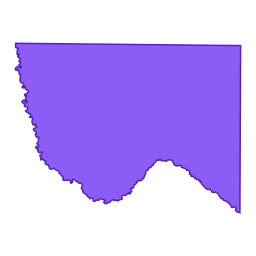 Anelo, Neuquén, Argentina (Natural Earth projection)
{"feature_id": "61730980B32081384015227", "entity_name": "Anelo", "entity_type": "district", "adm_level": 2, "iso_a3": "ARG", "parent_name": "Argentina", "parent_adm1": "Neuquén", "projection": "natural_earth1", "projection_center": [-69.333, -38.186], "detail": "fine", "context": "isolated", "style": "filled", "palette": "violet", "viewbox_px": 256, "rotation_deg": 0, "n_neighbors": 0, "source": "geoboundaries", "source_scale": "gbopen_adm2", "svg_char_len": 5734}
<svg xmlns="http://www.w3.org/2000/svg" viewBox="0 0 256 256"><path d="M240.6,45.6L15.7,43.3L15.9,44.0L15.5,45.2L15.7,47.3L16.3,48.0L18.2,48.1L18.4,48.7L18.3,49.3L17.4,50.0L17.1,50.9L17.3,51.7L17.0,53.3L17.1,54.0L17.4,54.4L18.2,53.8L18.6,53.8L18.9,54.1L18.7,55.1L17.7,56.0L17.8,56.6L18.3,57.5L19.0,57.8L19.8,57.9L20.3,58.6L20.3,59.5L19.3,60.6L19.0,61.5L19.4,61.7L20.0,61.7L20.5,62.0L20.6,62.4L20.3,63.1L20.5,63.5L19.7,64.2L19.1,64.5L19.0,64.8L19.7,66.1L21.3,66.3L21.5,67.1L20.8,67.9L20.2,67.9L19.4,67.6L19.0,66.9L17.6,66.3L17.2,66.6L16.8,67.9L16.5,68.2L15.5,68.0L15.4,68.9L15.6,69.8L16.0,70.3L17.0,70.5L17.9,70.2L18.7,70.7L19.0,71.4L19.1,73.3L19.4,74.1L20.4,74.3L20.4,75.4L20.2,76.0L20.6,77.0L20.0,78.5L20.3,79.5L20.0,80.4L20.3,81.5L21.5,83.0L23.2,83.2L23.6,83.6L23.6,84.0L23.6,84.8L23.2,85.7L22.0,87.0L22.1,87.3L22.7,87.8L23.4,87.9L24.0,87.3L24.3,86.4L25.0,86.4L25.5,87.0L25.1,88.2L25.3,88.8L26.2,89.6L27.7,90.3L28.2,90.8L28.3,91.3L28.2,92.3L27.2,92.9L27.1,93.7L26.9,93.9L26.1,94.0L25.3,93.9L24.6,94.9L24.7,95.3L25.1,95.8L26.3,95.7L26.7,96.0L26.7,96.4L26.5,96.8L25.6,97.4L25.6,99.7L25.8,100.1L27.2,100.8L27.3,101.2L27.2,102.0L26.5,102.7L25.8,102.5L25.6,102.3L25.6,101.6L25.0,100.6L24.2,100.1L22.9,100.5L22.1,101.4L22.0,101.9L22.2,102.5L24.3,103.7L24.5,104.6L24.4,106.0L24.6,106.5L26.7,106.7L27.5,107.3L27.7,108.2L27.3,109.7L26.9,110.0L25.7,110.6L25.6,111.2L27.2,112.3L27.8,112.5L28.4,112.4L28.7,113.6L29.1,113.8L30.7,114.2L30.8,115.0L30.7,115.8L30.2,116.5L29.6,116.8L29.6,117.1L30.5,117.6L32.2,117.1L32.4,117.2L32.8,118.7L32.2,119.9L32.0,122.3L32.6,123.3L33.0,124.8L33.9,124.9L35.0,124.1L35.6,124.3L35.8,124.9L35.2,125.8L36.7,127.0L36.6,127.4L35.7,128.0L33.7,128.5L33.4,129.2L33.9,130.6L34.4,130.9L35.7,131.3L36.0,131.8L36.3,133.2L36.1,133.6L35.7,133.7L35.3,134.6L35.6,135.8L36.7,136.6L36.7,137.2L36.9,137.5L37.5,137.5L38.1,137.0L38.6,137.2L38.9,137.7L38.8,139.0L38.3,140.0L38.2,141.1L38.3,141.7L37.9,142.5L36.9,143.3L37.0,143.8L37.6,144.5L38.7,145.1L38.5,145.8L38.5,146.8L38.2,147.1L37.5,147.0L36.5,146.3L36.0,146.6L35.9,147.5L36.0,148.1L36.4,148.6L37.9,149.2L37.7,150.8L38.9,152.6L40.0,152.7L41.5,151.8L41.9,151.9L42.0,152.1L42.0,153.1L41.3,154.5L40.7,155.2L40.1,155.1L39.9,155.3L40.2,156.7L41.4,157.5L40.9,158.4L40.6,159.7L41.6,159.8L42.7,159.0L43.0,159.0L43.3,159.2L44.0,160.6L44.9,160.6L45.5,160.9L45.4,161.8L45.1,162.8L45.3,163.7L46.0,163.9L46.4,164.7L48.0,164.8L49.1,166.8L49.3,167.5L49.3,168.2L49.9,168.8L50.8,169.1L51.6,169.2L53.8,168.2L56.2,170.2L58.6,171.0L59.3,172.0L59.1,173.3L60.9,174.5L61.4,175.7L62.0,176.0L62.5,176.0L62.8,176.3L63.1,177.7L62.8,178.4L62.8,178.7L63.5,180.3L64.2,180.4L65.0,180.0L66.9,180.6L68.1,179.7L68.6,179.8L69.3,180.6L69.8,180.4L70.8,180.6L71.1,180.8L71.1,181.1L70.5,182.4L70.5,182.8L70.9,183.2L71.3,183.2L71.9,182.8L72.8,181.5L72.3,180.3L72.6,180.1L72.7,179.6L73.1,179.4L73.8,179.3L75.4,180.3L76.5,181.5L77.7,182.0L78.8,183.1L79.4,183.2L80.4,182.8L80.8,183.0L81.3,183.6L81.9,184.1L82.2,185.7L82.1,186.6L82.0,187.2L81.5,187.8L81.3,188.3L81.4,188.7L82.0,189.0L82.4,189.5L82.8,190.4L82.7,191.5L82.9,191.8L84.5,193.6L86.2,194.2L86.9,195.9L88.8,197.2L89.7,198.7L90.7,198.5L91.7,197.7L92.3,197.9L92.9,198.9L93.1,200.6L93.6,201.2L94.6,201.3L96.9,200.0L97.4,200.0L98.0,200.4L98.4,200.4L99.1,200.0L99.9,198.8L100.8,198.7L102.4,199.5L103.5,199.5L104.8,200.0L105.0,200.3L104.9,200.8L103.7,202.1L104.7,203.3L106.0,203.8L107.0,203.5L107.9,202.6L109.4,202.4L110.2,202.0L110.3,201.0L110.5,200.8L111.7,200.5L113.1,199.6L113.7,199.7L114.0,200.3L114.6,200.6L116.3,199.9L116.7,200.1L117.0,200.7L117.7,201.0L118.8,200.2L120.3,199.6L121.8,199.3L122.2,198.6L121.8,197.8L121.9,196.5L122.4,195.6L123.2,195.2L125.2,195.5L125.8,195.3L126.7,194.2L128.0,193.9L128.1,193.0L128.5,192.5L128.9,192.6L129.3,193.6L129.8,193.9L130.3,193.7L130.6,192.5L131.2,192.0L131.7,191.2L131.5,190.3L130.6,189.0L130.9,188.3L131.4,188.1L133.1,188.1L133.9,186.6L133.8,185.2L134.9,184.7L135.7,184.0L136.9,182.5L137.3,181.6L137.3,181.2L138.1,180.3L138.6,180.3L139.3,180.9L140.0,180.6L140.7,180.7L142.9,179.0L144.0,177.7L144.2,177.2L144.2,176.2L144.7,175.9L145.0,174.5L145.6,174.1L145.7,173.1L145.5,172.3L146.0,171.3L146.6,170.9L146.7,170.6L147.3,170.4L147.3,169.8L148.3,169.6L148.5,169.1L148.4,168.7L148.5,168.2L149.8,167.6L150.6,167.6L152.3,165.4L152.6,165.2L153.0,165.3L153.4,164.2L153.5,163.5L155.3,162.4L156.5,160.2L157.4,160.1L157.9,160.5L158.9,160.4L159.4,159.5L160.1,159.3L160.4,159.6L160.8,160.4L162.0,160.9L163.5,160.6L165.1,161.1L166.5,161.1L167.4,160.2L170.5,159.8L171.4,160.3L172.3,160.5L172.3,161.0L172.8,161.7L172.9,162.5L173.8,163.3L173.8,164.3L174.1,164.4L175.1,165.5L177.1,166.0L177.8,165.5L178.6,165.7L180.4,165.2L181.0,165.6L181.1,166.7L181.7,167.5L183.1,167.6L183.9,168.4L185.5,168.5L186.1,169.1L186.7,170.3L187.2,170.4L188.4,170.1L189.2,170.6L189.5,171.1L189.6,172.0L189.9,172.2L189.8,172.7L189.4,173.0L189.5,174.1L190.0,174.5L190.7,174.4L191.1,174.6L191.1,176.2L191.4,176.5L192.4,176.4L192.7,176.2L193.3,176.3L193.7,177.2L194.8,177.7L194.8,178.5L195.9,178.6L196.7,179.6L197.5,179.6L198.5,180.1L198.9,179.6L199.8,179.8L200.1,180.6L199.7,181.7L199.9,181.9L200.5,182.1L201.1,181.9L201.5,182.1L201.5,182.5L201.2,183.0L202.1,184.8L203.3,185.7L203.7,186.4L204.2,186.5L205.1,187.8L207.1,189.3L207.7,189.4L208.3,189.1L208.8,189.4L210.1,189.5L210.3,190.0L211.5,190.7L211.7,191.8L212.6,192.4L213.8,192.5L215.2,192.2L215.9,192.3L217.8,193.3L220.8,198.4L221.6,198.7L223.1,198.8L223.3,199.2L223.3,200.0L223.6,200.2L225.1,200.9L226.1,201.0L226.9,201.9L228.6,202.1L228.7,202.4L228.6,203.0L229.5,204.2L230.9,205.2L231.2,206.0L231.1,206.3L231.4,207.1L232.9,207.5L234.0,206.9L235.2,207.0L235.6,207.9L236.2,208.5L235.6,209.9L235.6,210.7L237.2,212.1L239.5,212.4L239.9,212.7L240.6,45.6Z" fill="#8b5cf6" stroke="#5b21b6" stroke-width="1.5"/></svg>